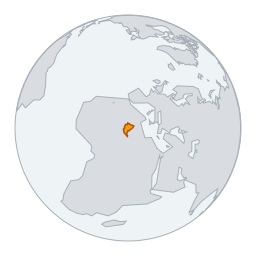 Illizi highlighted on a globe, orthographic projection, rotated 52°
{"feature_id": "DZA-2188", "entity_name": "Illizi", "entity_type": "Province", "adm_level": 1, "iso_a3": "DZA", "parent_name": "Algeria", "parent_adm1": "", "projection": "orthographic", "projection_center": [8.244, 27.011], "detail": "fine", "context": "on_globe", "style": "filled", "palette": "amber", "viewbox_px": 256, "rotation_deg": 52, "n_neighbors": 0, "source": "natural_earth", "source_scale": "10m", "svg_char_len": 10080}
<svg xmlns="http://www.w3.org/2000/svg" viewBox="0 0 256 256"><g transform="rotate(52 128 128)"><circle cx="128" cy="128" r="113" fill="#eef3f6" stroke="#a8b0b8"/><path d="M88.8,22.4L91.6,21.4L105.1,17.7L105.3,17.7L120.9,15.6L118.5,15.8L118.9,15.8L122.3,15.6L125.0,15.5L120.0,15.8L124.4,15.9L118.6,17.1L104.6,19.3L102.0,21.0L89.4,26.4L91.3,26.2L87.7,28.6L88.4,29.5L85.9,30.5L88.7,30.3L90.9,29.2L92.9,28.8L93.5,29.3L90.4,30.6L89.6,30.6L89.0,31.3L87.2,31.8L88.4,31.8L84.6,33.6L89.3,32.6L87.0,34.7L84.2,35.7L83.3,34.5L74.5,34.9L71.4,36.1L67.8,38.7L63.6,45.4L60.6,47.4L57.5,50.8L59.6,50.0L62.9,47.1L66.1,46.8L69.8,43.7L71.6,43.2L75.8,40.6L76.4,42.3L74.7,45.4L71.3,47.7L70.5,49.3L74.7,48.3L69.3,54.2L67.5,61.0L65.9,62.6L61.1,63.0L58.5,59.5L52.3,61.3L57.5,61.6L53.6,66.0L53.5,67.5L54.4,68.3L56.4,67.2L55.3,69.2L49.7,69.3L50.6,67.5L52.4,67.4L51.1,66.0L47.3,66.6L45.6,69.1L41.6,68.5L40.3,70.3L38.8,71.4L41.0,68.4L36.9,74.0L31.9,76.0L26.1,86.4L30.4,76.4L31.2,73.6L31.5,71.5L30.5,73.2L32.3,69.0L31.7,69.6L36.3,62.6L41.4,55.9L47.0,49.7L53.1,43.9L59.5,38.6L66.4,33.7L73.6,29.4L81.0,25.6L88.8,22.4ZM23.0,87.1L22.9,87.4L24.0,85.0L23.7,86.8L20.5,94.4L19.4,100.1L17.5,106.9L16.7,111.9L17.0,113.2L17.0,117.3L18.2,114.7L19.7,115.1L18.5,121.0L20.2,117.1L20.4,121.4L23.9,126.4L23.3,127.4L26.1,138.7L31.1,146.5L32.3,151.9L31.5,154.0L33.7,156.4L33.7,158.2L44.1,167.1L50.8,174.5L51.6,180.4L47.9,184.7L48.9,196.5L43.4,196.3L45.0,200.5L45.9,204.5L42.2,200.8L46.3,205.5L46.6,205.9L40.2,198.6L34.5,190.8L29.4,182.5L25.1,173.9L24.2,171.6L22.2,166.7L21.2,163.7L18.5,154.4L16.6,144.9L15.6,135.3L15.5,134.4L15.4,130.6L16.0,125.4L16.8,116.6L16.8,114.4L16.3,116.2L17.3,107.3L18.9,99.9L19.5,97.8L23.0,87.1ZM24.4,89.6L23.3,99.5L22.3,97.3L22.8,96.9L23.4,93.6L24.0,89.3L23.7,87.9L24.4,89.6ZM27.5,86.2L27.6,85.0L27.7,85.8L27.5,86.2ZM75.2,40.0L75.4,40.3L74.5,40.6L75.2,40.0ZM76.7,38.6L75.4,38.7L75.9,38.1L76.7,38.0L76.7,38.6ZM126.0,15.4L128.0,15.4L125.3,15.4L126.0,15.4ZM78.2,38.7L77.1,37.0L78.0,36.0L81.8,35.0L78.2,38.7ZM128.7,15.4L133.5,15.7L134.8,15.7L133.8,16.2L130.0,15.6L126.5,15.5L128.6,15.5L128.7,15.4ZM91.3,28.7L89.0,29.9L90.3,28.5L91.3,28.7ZM91.7,27.9L92.9,24.8L96.6,23.5L95.4,24.7L99.8,22.9L101.0,23.8L98.9,25.0L96.2,25.6L98.7,25.5L91.7,27.9ZM132.5,16.6L133.0,16.8L131.7,16.6L132.5,16.6ZM93.8,28.6L93.7,28.0L96.9,26.8L97.7,27.8L96.4,27.8L93.8,28.6ZM100.3,22.1L102.9,21.5L104.5,22.0L105.8,21.9L101.4,23.7L100.3,22.1ZM96.0,28.4L98.0,28.4L97.0,29.4L94.1,29.1L96.0,28.4ZM97.4,26.1L99.0,25.6L98.4,26.2L97.4,26.1ZM94.9,33.6L94.7,32.7L96.4,31.9L94.9,33.6ZM98.8,28.3L99.1,28.0L99.7,27.6L100.8,27.9L98.8,28.3ZM102.9,24.0L103.0,24.4L104.7,23.3L106.1,23.8L102.9,25.0L104.8,24.7L105.2,24.8L102.2,25.6L102.9,24.0ZM103.8,27.2L100.2,29.2L100.2,30.9L98.7,31.5L99.0,28.7L103.8,27.2ZM103.1,26.2L103.2,26.9L101.3,27.3L100.1,27.0L103.1,26.2ZM108.1,23.8L106.9,22.7L107.6,22.5L108.1,23.8ZM104.2,27.6L105.0,27.2L104.4,27.7L104.2,27.6ZM107.3,24.8L106.8,24.4L107.7,24.2L107.3,24.8ZM107.2,26.7L106.0,27.2L105.2,27.0L107.2,26.7ZM107.6,25.8L108.9,25.6L105.5,26.6L107.2,25.6L107.6,25.8ZM108.2,24.7L108.6,24.4L108.3,24.9L108.2,24.7ZM111.2,27.4L107.2,28.7L105.3,28.1L109.4,26.9L111.2,27.4ZM154.5,18.5L148.9,17.4L154.1,18.4L153.8,18.4L156.2,19.0L159.7,20.0L159.6,19.9L169.7,23.7L180.0,28.3L177.2,26.7L177.9,27.0L185.9,31.4L193.5,36.4L200.7,42.0L207.4,48.1L208.8,49.5L206.1,46.9L210.1,51.1L211.7,52.6L210.3,51.1L216.5,58.3L222.0,66.0L226.9,74.2L231.1,82.7L231.0,82.4L233.1,87.7L234.3,90.6L238.1,104.3L237.5,103.1L239.2,111.0L239.6,113.1L240.1,117.5L239.9,115.1L239.6,114.3L238.4,107.6L235.7,99.7L236.0,103.8L234.7,100.0L231.1,94.8L230.8,100.5L231.1,115.6L233.1,125.8L232.3,132.0L226.4,120.9L222.6,112.1L221.1,114.5L214.4,109.3L204.8,114.6L202.8,112.5L201.1,114.8L196.3,114.0L193.0,110.5L190.4,111.9L198.9,121.0L201.7,119.6L203.1,114.0L205.0,117.6L209.6,119.3L206.7,131.6L191.4,146.8L188.9,139.4L172.2,121.2L172.1,118.6L172.0,118.4L171.8,117.9L171.2,122.3L168.0,118.5L178.0,132.0L180.1,138.3L191.2,147.4L190.4,148.9L193.7,150.3L202.9,143.8L203.2,146.4L199.4,160.0L185.8,179.9L187.0,189.3L185.1,197.6L175.4,205.0L175.0,210.5L169.8,213.6L168.7,216.7L163.8,220.5L156.2,224.5L144.4,226.0L144.6,223.6L140.2,218.9L134.4,205.7L138.3,198.7L137.7,193.3L129.1,181.1L131.0,173.7L128.5,170.6L123.4,171.5L120.3,167.8L117.2,167.7L96.6,169.4L89.8,163.8L80.5,147.0L83.8,141.1L83.5,133.5L105.6,109.6L111.4,111.3L130.0,107.8L132.5,108.6L131.4,114.7L146.3,120.8L149.8,115.4L162.1,117.6L169.6,115.9L170.3,104.4L158.0,106.8L154.8,101.8L163.7,95.2L174.3,93.5L173.4,91.5L165.8,88.4L167.2,84.1L163.0,87.1L165.4,88.7L162.8,90.8L160.5,89.4L161.1,87.9L157.6,87.6L155.6,95.6L157.8,98.2L149.4,101.0L152.3,105.7L150.3,108.3L144.6,101.5L144.5,98.7L134.7,91.7L134.1,94.8L143.3,101.7L140.9,101.4L140.1,106.2L138.8,102.3L128.9,94.4L120.6,96.7L111.7,108.4L106.5,109.3L101.4,106.9L103.1,95.2L114.5,94.5L115.2,90.8L111.5,85.6L115.3,86.0L115.1,83.9L119.3,83.5L123.8,78.4L127.9,77.7L128.3,71.5L130.5,70.4L129.6,74.3L131.1,76.8L141.0,75.5L142.5,74.1L142.0,70.3L144.8,70.6L143.0,67.1L148.1,64.9L140.5,64.8L139.7,60.9L142.0,57.5L140.4,56.3L136.6,61.9L136.3,64.2L138.3,66.1L136.3,73.0L133.2,74.4L130.1,67.5L125.4,69.0L125.0,63.4L135.4,51.1L140.4,48.5L151.4,51.8L151.0,54.3L146.8,54.3L151.9,57.7L150.9,55.8L153.2,56.2L153.0,52.9L154.7,53.1L151.7,49.9L153.7,49.7L155.5,51.8L157.0,47.3L160.7,46.5L160.3,45.5L158.7,44.6L164.5,44.4L163.9,43.6L161.8,43.4L159.2,41.8L156.9,39.1L159.1,39.2L160.2,40.1L165.7,42.5L168.3,45.4L169.0,45.2L167.2,42.7L160.4,39.8L158.5,38.2L161.8,39.2L160.4,38.7L160.1,37.9L161.8,37.3L158.2,36.1L151.9,28.8L154.5,27.3L158.1,28.7L155.9,24.8L159.1,24.1L157.1,23.7L154.7,22.1L153.7,22.2L152.6,22.0L146.0,18.6L146.1,18.1L141.1,16.9L140.1,16.8L139.7,17.1L133.8,16.2L134.8,15.7L137.1,15.8L136.3,15.7L145.5,16.7L154.5,18.5ZM99.3,122.5L99.0,124.8L99.3,122.5ZM186.5,97.4L192.2,95.8L187.9,89.8L189.7,88.8L187.6,87.3L187.5,89.4L182.1,85.1L183.9,82.3L182.3,79.6L180.3,80.1L177.9,86.1L185.7,92.1L185.1,95.4L186.5,97.4ZM24.1,126.5L24.4,128.3L23.7,127.5L24.1,126.5ZM21.4,99.2L21.5,100.4L21.3,101.9L21.0,101.4L21.4,99.2ZM24.7,108.4L25.2,110.1L24.3,109.3L24.7,108.4ZM23.3,101.0L24.2,107.2L22.4,106.4L21.9,102.6L22.7,103.8L23.3,101.0ZM25.7,89.0L25.6,90.1L25.1,90.9L25.7,89.0ZM27.6,86.9L27.5,86.7L27.9,85.5L27.6,86.9ZM54.0,66.0L54.4,66.1L54.9,67.2L53.9,67.4L54.0,66.0ZM62.1,68.7L60.2,71.9L60.8,69.6L59.0,70.3L58.1,66.6L65.1,63.2L62.1,65.3L62.1,68.7ZM58.9,61.1L58.7,63.6L58.7,61.0L58.9,61.1ZM110.4,73.8L112.3,75.0L111.3,77.4L106.2,79.2L107.6,75.6L110.4,73.8ZM115.1,76.3L113.5,69.5L116.6,68.4L115.1,70.1L117.3,70.1L115.6,72.9L120.2,78.9L119.7,81.5L110.5,82.7L113.8,80.8L111.8,79.6L115.1,76.3ZM103.7,56.6L103.0,54.4L110.6,54.8L110.4,56.9L105.3,58.6L102.5,57.1L103.7,56.6ZM85.1,37.6L84.3,37.2L85.2,36.8L86.5,36.7L85.1,37.6ZM94.7,33.2L89.3,38.8L88.2,38.7L86.4,42.6L82.7,43.7L84.0,41.0L79.8,45.0L79.4,43.1L76.9,45.9L80.2,39.9L79.7,38.6L81.6,39.6L85.1,38.6L86.4,37.7L89.8,34.4L90.5,31.4L94.0,30.1L96.3,30.1L96.7,30.6L94.3,31.2L96.5,31.5L93.3,32.8L94.7,33.2ZM121.1,34.1L118.1,33.9L122.0,36.1L118.9,36.8L119.5,37.0L117.7,38.4L116.6,40.5L115.0,40.6L115.3,41.4L114.0,42.5L113.9,43.7L110.9,44.4L110.5,45.9L109.4,45.4L109.4,48.0L108.1,46.4L106.4,47.8L108.5,48.6L93.2,50.9L87.8,53.6L84.0,56.8L82.3,54.1L84.7,49.5L89.4,44.7L94.8,42.8L93.1,42.0L95.1,41.0L95.7,42.0L96.1,39.8L98.0,39.2L102.1,35.9L101.6,33.4L103.1,32.3L104.2,33.0L104.9,31.4L108.1,32.0L109.2,31.2L113.5,31.2L115.0,33.2L116.2,32.2L119.4,32.4L121.1,34.1ZM112.4,27.4L114.9,29.3L114.4,30.7L107.2,30.2L105.7,30.8L101.1,30.8L101.9,28.8L103.1,29.0L104.5,28.7L103.7,29.4L105.4,28.6L107.2,28.8L109.0,28.3L109.3,29.0L112.4,27.4ZM134.7,106.2L136.5,106.3L139.2,105.8L138.8,108.9L134.7,106.2ZM127.9,100.9L129.4,100.4L130.2,104.2L128.3,104.3L127.9,100.9ZM129.6,96.9L129.5,100.0L128.4,98.4L129.6,96.9ZM130.9,73.8L132.5,73.1L132.9,74.0L132.4,75.4L130.9,73.8ZM132.0,41.8L130.4,41.2L130.7,40.7L128.8,38.5L131.0,37.9L133.0,39.0L132.0,41.8ZM168.6,106.7L166.8,109.3L165.5,108.5L166.4,107.8L168.6,106.7ZM152.4,109.5L156.4,110.3L152.2,110.3L152.4,109.5ZM134.0,40.8L133.0,39.9L134.7,40.2L134.0,40.8ZM132.5,37.4L134.4,37.5L131.0,37.6L132.5,37.4ZM201.1,190.9L192.1,206.4L187.7,208.0L187.9,204.5L191.9,195.7L197.3,191.5L200.2,186.7L201.1,190.9ZM240.6,126.1L240.0,121.0L240.2,119.5L240.4,120.8L240.6,126.1ZM233.5,126.5L235.3,131.2L234.6,133.2L233.5,126.5ZM151.2,36.6L151.4,40.2L153.0,42.9L156.2,44.3L151.8,44.1L149.3,39.9L151.2,36.6ZM151.6,29.6L148.8,28.7L149.9,28.3L150.7,28.5L151.6,29.6ZM150.0,29.7L146.8,30.1L145.1,29.1L148.0,28.9L150.0,29.7ZM140.5,35.0L140.4,36.0L139.0,35.7L140.5,35.0ZM176.4,26.3L174.9,25.6L175.2,25.7L176.4,26.3ZM134.0,16.7L133.1,16.8L133.3,16.6L134.0,16.7ZM152.1,22.1L150.6,21.8L150.9,21.4L152.1,22.1ZM146.6,20.7L147.3,21.3L145.7,20.6L146.6,20.7ZM149.2,22.8L147.2,21.5L150.4,22.8L149.2,22.8Z" fill="#d9dde1" stroke="#a8b0b8" stroke-width="1"/><path d="M129.9,122.1L130.0,122.2L130.2,122.5L130.4,122.9L130.6,123.4L130.7,123.8L130.8,124.1L130.8,124.5L130.7,124.8L130.7,125.5L130.9,126.3L130.8,126.8L130.7,126.9L130.7,127.0L130.8,127.0L130.7,127.0L130.6,127.3L130.7,128.0L130.8,128.2L130.9,128.3L130.9,128.5L130.8,128.9L130.8,129.0L130.2,129.3L130.1,129.5L130.0,129.8L130.3,130.1L130.6,130.5L130.8,130.8L131.1,131.2L131.1,131.3L131.2,131.7L131.2,131.9L131.2,132.2L131.2,132.3L131.5,132.4L131.5,132.5L131.6,132.8L131.8,132.9L131.9,133.0L131.9,132.9L132.2,132.9L132.4,132.8L132.8,132.9L133.2,133.0L133.8,133.2L133.9,133.3L134.0,133.3L134.1,133.6L134.2,133.8L128.8,133.9L128.7,133.8L128.6,133.7L128.4,133.5L128.3,133.4L128.1,133.4L127.9,133.3L127.7,133.2L127.4,133.2L127.2,132.9L126.9,132.8L126.9,132.7L126.7,132.7L126.4,132.6L126.3,132.4L126.2,132.3L126.0,132.2L125.9,131.9L125.9,131.7L126.0,131.6L126.1,131.4L126.0,131.2L125.8,131.0L125.8,130.6L125.7,130.4L125.3,130.3L125.2,130.3L125.0,130.2L124.6,129.6L124.4,129.5L124.4,129.4L124.5,129.0L124.5,128.9L124.5,128.7L124.4,128.7L124.1,128.4L123.8,127.6L123.8,127.3L123.8,127.2L124.0,127.0L124.1,126.9L124.5,126.5L125.0,126.3L125.1,126.0L125.0,125.9L124.9,125.8L124.0,125.1L124.9,124.6L125.5,124.3L125.8,124.3L126.1,124.4L129.9,122.1Z" fill="#f59e0b" stroke="#b45309" stroke-width="1.5"/></g></svg>